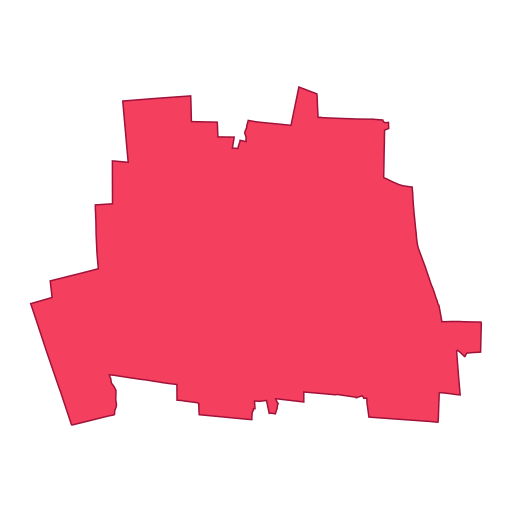 the district of Cudalbi, Galati, Romania
{"feature_id": "2599482B47411249662534", "entity_name": "Cudalbi", "entity_type": "district", "adm_level": 2, "iso_a3": "ROU", "parent_name": "Romania", "parent_adm1": "Galati", "projection": "mercator", "projection_center": [27.714, 45.778], "detail": "fine", "context": "isolated", "style": "filled", "palette": "rose", "viewbox_px": 512, "rotation_deg": 0, "n_neighbors": 0, "source": "geoboundaries", "source_scale": "gbopen_adm2", "svg_char_len": 4130}
<svg xmlns="http://www.w3.org/2000/svg" viewBox="0 0 512 512"><path d="M269.2,413.4L270.2,413.2L271.1,413.2L271.5,413.2L273.5,413.5L274.8,413.8L275.3,413.9L276.7,409.7L277.1,408.5L277.5,405.2L277.6,404.8L278.3,403.5L277.6,403.1L275.7,398.8L276.5,398.8L297.1,401.2L303.8,402.0L303.8,392.0L329.2,394.2L335.6,394.8L337.6,394.4L338.7,394.7L355.9,397.2L356.3,397.8L361.9,395.8L363.5,397.3L363.7,398.3L364.0,398.3L366.8,398.3L367.0,403.2L368.0,410.2L368.9,417.1L427.3,421.3L429.2,421.4L434.1,421.9L438.0,422.2L438.2,420.1L438.4,416.9L438.5,412.8L438.6,411.4L438.6,409.9L438.8,405.1L438.8,404.1L438.8,403.2L438.9,402.2L439.0,399.9L439.2,393.0L439.8,392.7L444.4,393.0L450.9,393.8L452.7,394.1L454.9,394.4L455.8,394.5L456.0,394.5L458.4,394.8L459.4,394.8L460.2,394.9L458.6,377.0L456.8,353.7L456.6,351.0L456.7,350.9L457.3,350.3L459.6,351.8L461.0,353.1L462.0,354.0L463.8,355.8L464.3,356.3L464.5,356.5L464.8,356.6L465.0,356.4L465.7,355.1L466.0,354.4L466.7,353.2L466.9,353.1L472.6,352.6L480.6,352.1L481.1,331.3L481.3,324.7L481.3,323.8L481.3,323.4L481.2,322.8L481.2,322.3L481.1,322.2L480.7,322.0L478.9,322.0L476.0,322.0L475.6,322.0L466.3,321.8L463.0,321.7L459.6,321.5L455.6,321.5L454.2,321.5L450.6,321.5L444.1,321.7L442.1,321.7L441.9,321.7L440.7,314.9L438.9,305.2L438.2,304.7L437.1,300.7L436.0,298.0L434.2,292.2L432.3,287.0L431.3,284.9L429.4,279.1L426.0,269.1L425.4,267.2L424.7,265.3L424.5,264.7L424.4,264.6L422.5,259.5L418.4,248.4L417.8,246.3L417.3,243.7L416.9,240.6L416.5,237.6L416.3,234.6L416.2,233.4L415.6,228.5L414.8,220.1L414.1,213.2L413.5,206.3L413.0,199.4L412.7,193.1L412.6,192.1L412.3,189.0L412.3,188.8L412.3,188.7L412.3,187.9L412.3,187.4L412.3,187.2L412.1,187.0L410.9,186.9L410.2,186.8L408.6,186.6L406.6,186.3L404.4,186.0L402.3,185.6L400.8,185.1L400.3,185.0L398.7,184.5L396.9,183.7L394.9,182.8L393.4,182.2L391.7,181.4L390.2,180.7L389.6,180.4L388.0,179.5L383.7,177.6L383.7,177.1L383.7,176.3L383.9,166.6L384.1,153.7L384.4,140.8L384.4,138.1L384.6,130.1L388.7,128.5L388.5,122.4L385.0,122.7L383.7,121.9L383.1,121.0L382.8,120.0L382.7,120.0L378.5,119.7L374.0,119.3L373.2,119.2L372.3,119.1L371.4,119.2L356.7,119.0L346.7,118.6L345.6,118.6L340.9,118.4L339.9,118.4L327.1,117.9L321.6,117.6L321.0,117.3L318.1,117.5L317.6,108.2L317.4,103.2L317.1,96.6L316.9,93.9L311.1,91.7L308.0,90.5L298.9,87.0L291.0,125.3L281.0,124.3L268.7,123.1L262.4,122.5L256.1,121.8L251.1,120.9L248.2,120.4L248.0,121.4L247.0,124.8L246.7,126.7L246.5,128.0L245.1,131.2L244.7,133.2L245.0,133.9L245.4,135.1L245.9,136.4L245.9,136.6L246.1,137.4L246.1,137.8L246.0,139.1L246.0,139.8L246.0,140.4L246.1,141.6L240.1,140.3L240.0,141.4L238.9,144.7L238.2,146.8L237.9,148.5L232.4,148.0L234.2,137.1L217.9,136.9L217.3,122.2L216.6,122.1L205.2,121.9L191.4,121.6L191.0,104.5L190.7,95.9L161.2,98.0L152.0,98.7L131.8,100.3L126.8,100.7L122.8,101.0L122.9,102.8L125.2,128.9L127.1,150.5L128.2,162.3L115.2,161.1L112.4,160.9L112.4,167.7L112.5,203.8L95.3,204.9L95.4,210.2L95.6,213.8L95.7,217.4L95.9,220.9L96.1,234.4L96.9,251.9L97.1,254.7L98.3,268.7L89.3,271.1L71.3,275.6L59.0,278.7L50.2,280.9L52.1,297.5L30.7,303.6L37.4,323.7L46.4,351.0L46.5,351.3L60.0,390.5L60.2,390.8L71.3,424.2L71.5,424.6L71.8,425.0L72.1,425.0L85.2,421.8L93.9,419.6L105.6,416.7L108.4,416.0L112.5,415.2L114.1,414.8L114.5,414.5L114.6,413.6L114.6,412.3L114.7,411.0L115.4,408.9L116.1,407.0L116.5,405.2L116.5,404.6L116.2,402.8L115.7,399.4L115.9,395.9L115.9,393.6L116.0,390.4L115.2,388.8L114.3,387.0L112.9,385.0L112.0,383.9L111.7,383.3L111.4,382.9L111.2,381.8L111.0,380.6L110.8,378.8L109.8,376.6L109.3,374.8L109.5,374.8L114.8,375.4L119.8,376.2L122.5,376.6L126.3,377.2L132.9,378.2L136.0,378.6L137.1,378.8L138.3,379.0L142.9,379.6L145.9,379.9L152.4,381.0L155.0,381.4L159.7,382.1L162.1,382.6L165.1,383.0L169.3,383.6L176.3,384.4L176.9,384.5L177.0,400.2L182.4,400.6L184.0,401.0L189.8,401.7L198.0,402.8L198.2,403.3L198.9,403.7L198.7,404.4L198.9,404.7L198.7,405.1L198.8,406.1L198.9,409.2L199.2,414.7L243.2,418.9L251.2,419.6L251.9,419.6L251.8,418.7L252.0,415.3L252.3,412.1L253.4,410.3L253.4,408.7L255.0,408.7L254.7,404.0L254.5,401.1L257.9,401.1L258.8,401.4L265.5,400.6L266.5,400.5L269.2,413.4Z" fill="#f43f5e" stroke="#9f1239" stroke-width="1.5"/></svg>